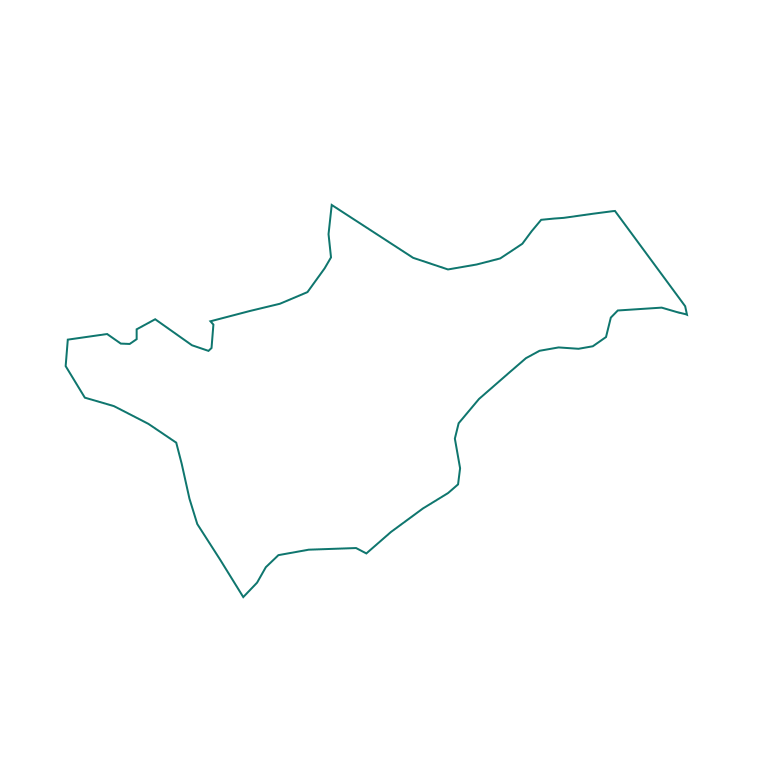 an SVG outline of Denbighshire, rotated 80°
{"feature_id": "GBR-2125", "entity_name": "Denbighshire", "entity_type": "Unitary Authority (wales)", "adm_level": 1, "iso_a3": "GBR", "parent_name": "United Kingdom", "parent_adm1": "", "projection": "orthographic", "projection_center": [-3.367, 53.104], "detail": "fine", "context": "isolated", "style": "outline", "palette": "teal", "viewbox_px": 768, "rotation_deg": 80, "n_neighbors": 0, "source": "natural_earth", "source_scale": "10m", "svg_char_len": 1023}
<svg xmlns="http://www.w3.org/2000/svg" viewBox="0 0 768 768"><g transform="rotate(80 384 384)"><path d="M253.7,126.5L359.7,73.9L368.4,73.6L367.8,74.5L364.7,81.5L364.8,81.5L357.0,97.3L352.2,141.0L358.0,149.1L376.3,157.2L383.1,171.8L383.1,186.3L378.3,205.7L378.3,225.1L383.2,239.7L393.8,257.5L415.2,293.0L435.6,317.3L450.1,323.7L465.7,323.7L480.2,323.7L495.7,328.5L502.5,339.8L513.3,367.2L530.9,402.8L547.8,430.8L540.7,440.0L534.1,486.9L534.2,517.7L543.9,532.2L557.6,543.5L569.4,559.6L528.5,575.9L489.5,592.2L463.2,595.5L427.2,597.1L405.7,598.8L382.3,623.0L358.9,653.8L345.5,681.0L311.1,694.4L285.4,687.7L286.7,648.0L298.5,636.2L300.4,627.5L296.9,619.8L287.2,618.1L280.5,598.1L312.5,566.4L320.9,551.1L318.6,547.6L295.9,541.7L292.1,544.0L288.8,503.3L286.9,472.6L280.2,443.4L259.8,422.4L250.1,414.2L226.8,412.6L198.6,404.4L264.8,333.4L282.3,301.1L282.4,272.0L280.5,247.7L269.9,223.4L259.2,212.1L249.6,200.7L250.6,187.8L251.6,178.1L252.6,149.0L253.5,129.0L253.7,126.5Z" fill="none" stroke="#0f766e" stroke-width="2"/></g></svg>